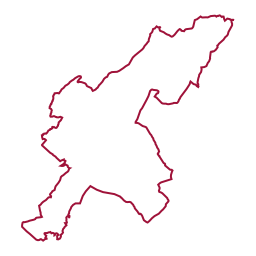 Suesca, Cundinamarca, Colombia (Mercator projection)
{"feature_id": "7082276B94455974719005", "entity_name": "Suesca", "entity_type": "district", "adm_level": 2, "iso_a3": "COL", "parent_name": "Colombia", "parent_adm1": "Cundinamarca", "projection": "mercator", "projection_center": [-73.797, 5.134], "detail": "fine", "context": "isolated", "style": "outline", "palette": "rose", "viewbox_px": 256, "rotation_deg": 0, "n_neighbors": 0, "source": "geoboundaries", "source_scale": "gbopen_adm2", "svg_char_len": 5678}
<svg xmlns="http://www.w3.org/2000/svg" viewBox="0 0 256 256"><path d="M39.6,239.9L40.3,239.2L41.1,239.2L43.1,240.6L45.2,239.0L46.6,238.8L46.6,238.4L45.7,237.9L45.4,237.6L46.3,235.8L44.7,234.3L44.5,233.4L44.8,233.1L47.3,233.0L48.5,232.4L49.6,232.3L50.4,232.0L51.4,233.3L52.7,232.9L53.7,233.2L54.3,233.7L54.5,234.7L54.4,235.4L54.7,235.3L55.2,234.1L55.7,233.5L56.5,233.3L57.3,233.6L58.5,234.9L57.7,235.3L57.1,236.0L57.3,238.1L57.2,239.2L58.2,239.4L60.0,238.5L60.9,236.7L60.9,234.7L62.2,233.7L63.0,232.5L62.5,231.0L63.2,228.9L64.2,227.8L64.6,227.0L66.5,225.2L66.3,224.8L65.6,224.1L65.1,223.1L66.3,223.1L66.8,222.8L66.9,222.3L66.3,220.8L66.5,219.5L66.3,217.5L67.2,216.4L67.8,216.0L68.3,216.2L69.0,217.3L69.3,217.3L69.4,217.0L69.5,216.0L68.5,215.2L68.3,214.5L69.1,213.3L69.1,212.1L69.4,211.1L70.8,208.5L71.3,207.0L73.1,204.9L75.5,203.4L80.0,203.4L82.8,195.9L85.8,191.3L90.4,186.1L96.7,189.7L103.0,192.1L114.4,194.1L120.2,196.6L120.7,197.4L121.2,197.5L124.0,200.5L126.0,201.9L127.4,202.1L129.6,201.9L130.7,202.2L133.2,204.8L133.7,206.0L134.6,207.2L134.8,208.3L137.5,211.5L138.9,213.8L139.5,214.0L139.6,213.7L140.1,213.7L141.2,214.3L142.2,215.9L143.9,220.2L146.5,222.1L147.6,222.5L149.5,220.9L152.0,218.2L154.5,216.1L158.8,213.7L161.6,210.7L163.0,209.5L165.7,206.2L165.9,204.2L168.4,201.4L168.5,200.4L167.4,198.7L167.2,198.0L162.3,193.2L160.9,192.4L159.3,191.9L158.9,190.8L159.6,188.6L159.6,187.6L158.2,184.7L159.7,183.3L161.1,182.4L171.5,179.1L170.9,176.9L171.0,174.9L171.9,171.9L172.5,170.5L171.7,169.8L170.2,169.7L169.8,169.5L165.1,165.5L165.1,164.0L164.7,163.5L163.8,163.2L163.4,162.7L159.2,156.1L159.3,156.0L159.0,155.7L158.9,155.8L157.8,154.2L157.8,153.6L158.3,153.2L158.3,152.7L159.1,151.6L158.4,149.3L157.2,147.6L156.4,145.5L155.6,144.3L155.3,142.7L153.5,139.8L153.2,138.3L152.3,137.2L151.2,135.0L150.2,134.0L149.0,132.0L146.3,127.4L145.4,126.9L142.6,126.0L138.8,123.4L137.7,123.0L135.6,122.8L135.6,122.0L137.4,119.0L140.4,110.4L142.1,108.2L146.6,99.8L148.5,96.0L150.1,91.0L151.4,89.7L152.1,89.5L153.4,89.9L156.9,90.3L158.3,91.1L158.5,91.8L158.1,93.0L157.8,93.3L156.7,93.6L154.7,96.6L156.6,97.7L161.8,103.1L163.1,103.6L166.1,103.7L167.2,104.1L168.8,104.2L172.8,103.4L174.0,102.9L176.9,103.0L177.4,102.7L178.4,101.4L179.1,99.4L179.7,98.9L180.4,97.2L186.7,88.8L189.4,84.6L189.8,83.8L190.1,82.4L190.5,81.5L193.6,84.1L195.9,84.7L196.7,86.0L198.2,87.0L198.5,86.4L198.0,85.2L198.3,84.3L197.6,83.0L197.6,82.0L198.4,78.0L199.0,76.4L199.2,74.8L201.1,72.0L201.6,69.5L201.3,67.4L204.2,67.1L206.4,66.1L207.8,62.9L209.1,61.3L210.1,58.6L210.0,57.6L210.7,52.2L211.1,51.7L212.1,51.8L212.4,51.4L213.1,51.5L214.0,51.2L215.8,49.8L217.6,47.3L217.3,45.6L217.9,45.3L218.9,43.8L223.5,39.7L225.3,37.1L226.7,36.0L227.8,34.6L228.5,31.9L231.7,26.1L232.1,25.2L232.1,23.5L231.5,22.0L231.5,20.5L232.3,19.9L233.9,20.1L233.4,19.8L230.4,19.8L230.0,19.2L227.3,18.6L224.9,20.7L224.2,19.2L223.6,16.6L222.7,16.5L221.8,17.0L220.2,15.6L219.7,15.4L219.3,15.4L218.2,16.0L217.4,15.9L216.4,16.6L215.6,15.9L214.8,15.7L210.7,16.1L207.8,17.4L205.9,17.3L202.4,17.5L201.7,17.3L200.6,16.5L197.1,19.2L194.8,20.1L193.2,26.8L192.2,28.2L191.7,28.5L186.1,29.2L185.0,29.8L184.1,31.2L181.5,30.8L181.0,29.9L180.1,29.2L179.6,29.1L177.7,30.8L174.6,34.7L172.8,36.3L171.8,36.7L170.8,36.3L169.1,35.1L167.2,34.5L165.6,33.6L163.7,32.2L160.4,30.9L160.0,30.6L159.5,29.2L159.4,28.3L160.1,27.3L159.9,27.1L158.1,27.4L156.6,26.4L154.8,28.5L153.1,29.0L152.3,31.8L151.2,33.2L150.1,34.2L150.3,35.4L148.9,39.0L148.6,41.4L147.4,42.5L147.0,43.3L144.5,46.1L143.5,48.0L142.3,49.4L135.1,55.3L132.8,57.5L128.9,64.4L125.8,66.2L123.2,68.2L119.3,70.8L117.1,71.8L111.8,72.1L109.2,73.4L108.2,74.6L107.2,76.8L105.7,77.4L104.1,78.8L102.4,81.7L99.8,84.6L99.3,84.9L97.6,87.7L96.7,88.3L95.5,89.6L92.8,90.9L92.3,90.2L91.3,88.1L87.2,86.2L86.7,85.7L86.2,84.4L85.0,83.3L81.5,82.1L79.4,81.9L78.2,82.3L77.9,82.2L77.6,81.9L77.7,81.3L79.4,79.1L80.8,77.8L81.0,77.3L80.9,76.8L80.6,76.3L79.2,76.1L78.2,76.4L75.2,78.1L73.4,79.7L71.8,80.6L69.7,82.2L69.0,83.3L67.4,84.6L65.4,85.7L63.6,87.9L61.6,89.4L60.6,91.2L59.3,92.7L59.2,93.3L58.6,93.4L57.5,93.0L54.6,93.3L54.3,94.3L53.8,94.7L53.6,95.6L53.1,96.1L53.1,96.5L53.3,97.1L53.3,98.9L52.7,100.2L52.8,100.7L52.4,100.9L51.6,103.2L51.1,103.6L51.3,104.1L50.3,105.2L50.3,105.8L49.7,106.7L49.6,108.2L51.1,109.0L51.8,110.3L51.4,111.5L51.4,112.4L50.7,113.8L50.8,114.5L50.3,115.3L50.2,115.9L50.6,116.7L52.2,116.7L53.4,116.2L54.3,116.2L55.9,117.0L56.4,117.0L56.8,117.3L58.3,117.4L60.4,116.8L62.2,117.6L60.9,120.2L58.7,122.4L58.5,124.1L58.1,124.7L58.0,125.7L57.2,126.7L56.8,127.5L56.3,127.9L55.4,127.9L54.0,127.0L53.2,127.4L52.7,126.9L52.3,127.0L52.1,128.4L51.7,128.5L51.2,129.0L50.3,129.0L50.0,129.8L48.4,130.5L47.2,132.6L46.0,133.7L45.2,133.4L44.7,133.7L44.0,133.7L43.5,134.4L42.9,134.4L42.8,135.2L41.9,135.3L42.1,137.1L42.7,139.1L43.5,138.9L44.6,139.0L45.8,139.9L46.0,140.2L42.0,144.9L42.1,145.4L50.2,152.8L52.7,154.3L52.8,154.7L53.2,155.1L55.6,156.7L56.5,157.8L60.2,161.2L61.1,160.6L63.8,159.5L63.8,160.1L64.0,160.4L65.4,160.8L65.4,161.4L64.4,163.1L63.1,164.3L60.8,165.8L62.0,166.0L63.6,165.8L65.5,164.4L66.6,165.2L67.4,165.4L67.7,165.7L67.8,166.8L68.2,167.4L69.3,168.1L69.8,168.2L69.2,168.6L68.4,170.8L67.7,171.7L65.9,172.9L63.3,175.2L61.8,176.1L60.9,177.1L60.1,180.1L58.5,182.7L55.7,186.2L55.3,187.2L54.6,190.0L52.4,191.2L51.7,192.4L50.3,193.8L50.0,194.7L51.1,196.2L50.9,197.3L49.2,197.2L48.4,197.5L46.0,200.0L43.2,201.8L41.6,203.3L40.8,204.5L39.1,205.7L40.0,210.5L40.6,212.5L40.7,214.7L41.9,216.9L41.0,217.2L36.6,217.7L35.9,218.1L35.2,219.1L33.8,219.7L29.6,220.7L27.9,221.4L24.6,222.2L23.4,222.1L22.6,222.7L22.1,225.1L22.1,226.8L26.6,231.3L29.7,233.8L36.3,239.7L38.0,240.2L39.6,239.9Z" fill="none" stroke="#9f1239" stroke-width="2"/></svg>